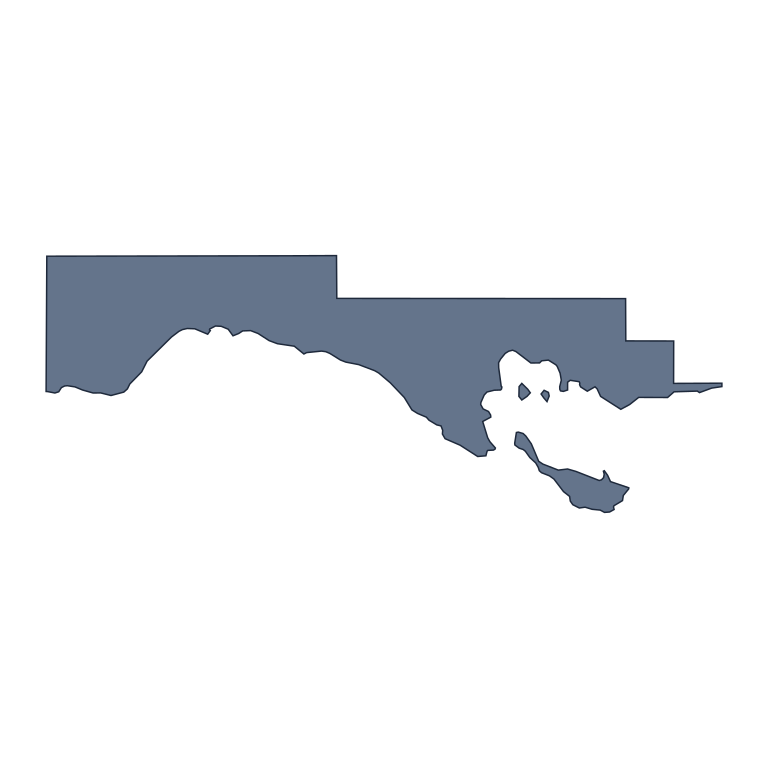 Mackinac, Michigan, United States of America (Natural Earth projection)
{"feature_id": "52423323B7185971756964", "entity_name": "Mackinac", "entity_type": "district", "adm_level": 2, "iso_a3": "USA", "parent_name": "United States of America", "parent_adm1": "Michigan", "projection": "natural_earth1", "projection_center": [-84.806, 45.984], "detail": "fine", "context": "isolated", "style": "filled", "palette": "slate", "viewbox_px": 768, "rotation_deg": 0, "n_neighbors": 0, "source": "geoboundaries", "source_scale": "gbopen_adm2", "svg_char_len": 2463}
<svg xmlns="http://www.w3.org/2000/svg" viewBox="0 0 768 768"><path d="M46.8,256.2L46.1,391.5L47.7,391.6L54.9,393.0L58.7,391.8L61.4,387.6L64.6,386.0L67.3,385.7L75.0,386.9L82.5,390.0L93.1,393.0L100.6,392.9L111.0,395.5L123.8,392.1L127.4,388.9L129.8,384.0L141.7,371.8L147.1,361.1L171.5,337.0L179.0,331.3L182.4,329.6L187.2,328.5L194.8,328.8L207.7,334.2L210.3,330.6L209.5,329.9L209.7,329.0L215.5,326.0L221.2,326.3L228.2,329.2L233.0,335.8L238.7,333.5L242.7,330.9L250.6,330.6L258.1,333.5L269.1,340.6L277.4,343.7L294.3,346.2L303.9,354.0L306.6,352.6L321.5,351.1L325.8,351.7L329.8,353.4L340.4,360.0L345.8,362.1L358.7,364.6L374.7,370.7L378.7,373.0L390.3,382.8L404.3,397.5L411.9,409.9L417.5,413.4L426.4,417.2L429.0,420.2L436.8,424.9L441.0,425.9L442.7,430.3L442.4,434.0L445.1,438.7L460.1,445.2L477.7,456.5L485.9,455.8L487.1,451.1L487.8,450.4L493.4,450.1L495.0,449.2L495.4,448.0L489.9,441.7L487.7,437.8L482.7,421.5L490.8,417.1L490.6,415.0L488.5,411.5L483.1,408.9L480.7,404.5L480.9,402.5L484.2,395.0L487.0,392.0L494.3,390.2L500.6,390.0L501.5,389.0L501.9,387.0L501.2,386.2L498.7,367.7L498.6,362.7L500.7,358.9L505.2,353.4L508.7,351.2L512.6,350.2L516.0,351.6L530.9,363.0L539.6,362.9L541.7,360.8L548.4,360.1L555.9,364.8L557.2,366.4L560.1,373.2L561.3,380.2L559.7,386.7L559.8,389.3L560.5,390.9L563.4,391.4L567.6,390.0L567.6,382.2L570.2,380.3L579.2,381.7L579.8,383.1L579.6,384.7L580.6,386.9L587.3,391.2L595.0,386.8L597.1,388.8L600.6,396.4L620.8,409.3L629.7,404.5L638.7,397.4L667.6,397.5L674.1,391.8L697.3,391.1L699.5,392.6L711.7,388.1L721.9,386.6L721.9,383.2L673.6,383.4L673.7,341.0L625.8,340.9L625.6,298.6L336.8,298.4L336.5,255.6L288.5,255.8L46.8,256.2ZM514.7,443.2L514.9,445.0L519.2,448.2L523.2,449.5L525.3,451.2L529.9,457.6L535.7,462.9L538.3,467.5L539.3,470.7L541.5,472.7L549.4,475.8L553.9,479.0L563.5,491.6L569.6,496.4L570.3,501.1L572.8,504.7L579.3,508.0L585.1,507.2L592.1,509.3L600.2,510.1L604.5,512.4L609.6,512.0L614.1,509.5L613.5,506.9L614.0,505.7L622.5,500.6L623.3,495.5L628.7,488.9L628.8,487.8L610.5,481.6L607.6,475.3L604.3,470.7L603.4,471.2L604.2,474.1L603.6,477.6L601.5,479.8L599.2,480.5L575.9,471.4L567.6,469.0L558.3,470.1L542.9,464.1L538.7,461.3L533.4,448.7L531.3,443.8L525.8,436.0L523.1,433.5L518.3,432.1L516.4,432.5L514.7,443.2ZM519.1,386.6L518.9,396.4L521.8,400.0L527.0,396.4L530.3,392.8L527.7,389.2L521.8,383.4L519.1,386.6ZM541.1,394.0L543.8,397.9L547.0,401.6L549.2,396.0L548.4,392.4L544.1,390.3L541.1,394.0Z" fill="#64748b" stroke="#1e293b" stroke-width="1.5"/></svg>